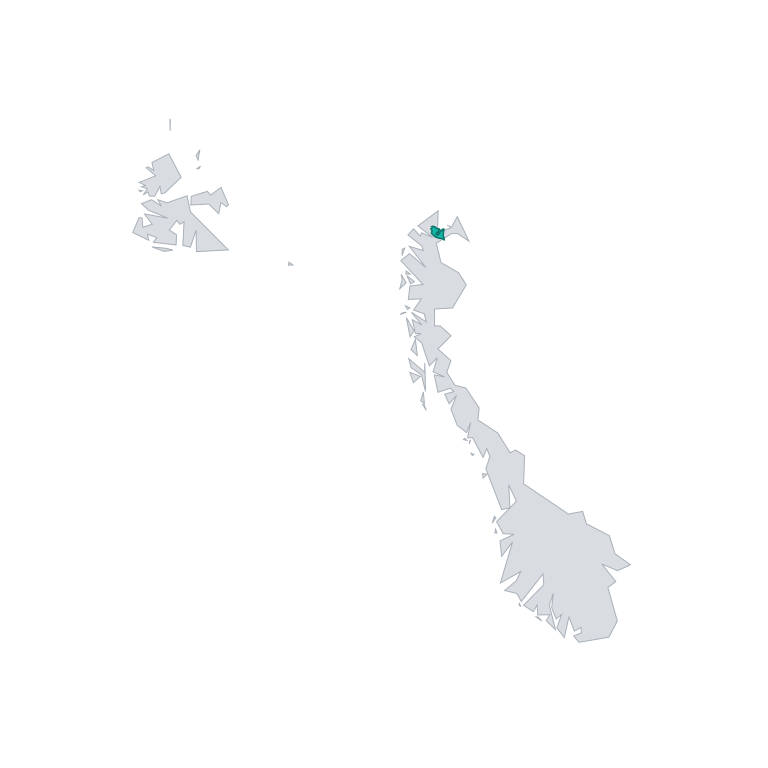 Unjárga sme 1, Finnmark, Norway shown in context, rotated 288°
{"feature_id": "86288312B72047105202096", "entity_name": "Unjárga sme 1", "entity_type": "district", "adm_level": 2, "iso_a3": "NOR", "parent_name": "Norway", "parent_adm1": "Finnmark", "projection": "albers", "projection_center": [28.889, 70.128], "detail": "fine", "context": "in_parent", "style": "filled", "palette": "teal", "viewbox_px": 768, "rotation_deg": 288, "n_neighbors": 0, "source": "geoboundaries", "source_scale": "gbopen_adm2", "svg_char_len": 6327}
<svg xmlns="http://www.w3.org/2000/svg" viewBox="0 0 768 768"><g transform="rotate(288 384 384)"><path d="M470.9,408.9L454.9,414.1L456.6,419.4L450.6,432.9L434.0,424.4L426.9,440.4L414.5,440.1L404.7,451.9L405.5,463.0L390.6,481.9L378.8,484.4L372.5,507.4L357.6,525.1L361.9,529.7L359.2,539.9L332.2,547.6L317.3,599.4L324.2,612.3L313.6,619.7L309.4,645.2L294.0,656.1L288.2,674.2L278.6,663.7L280.1,646.8L267.7,665.5L259.7,659.8L230.7,679.1L212.7,676.1L198.6,649.2L203.0,642.2L208.3,648.7L213.4,646.6L207.8,641.4L219.7,631.9L198.6,633.8L205.5,623.8L219.8,624.1L213.7,620.3L223.1,612.6L237.5,609.6L224.5,609.7L203.3,623.0L209.0,611.4L215.8,613.1L211.9,601.6L221.3,597.9L213.7,596.4L216.7,585.2L242.5,598.0L252.5,593.9L219.6,581.8L225.8,575.1L224.9,562.6L237.7,570.6L247.8,571.9L230.7,556.2L273.6,555.1L256.5,549.1L270.7,542.8L281.3,554.3L278.5,543.7L287.9,533.6L313.5,546.2L326.6,533.8L305.2,542.0L300.9,534.8L334.8,507.1L347.8,507.1L354.4,501.7L344.8,500.9L360.3,484.9L358.6,480.1L374.2,478.3L363.3,477.5L367.4,466.3L380.7,455.5L395.5,456.5L385.4,452.1L393.0,444.9L398.4,452.8L400.5,448.2L392.8,437.9L408.2,429.0L409.4,439.4L410.8,426.9L425.5,426.6L415.3,421.5L435.0,406.9L438.2,398.2L443.4,403.7L441.8,398.3L453.9,391.0L451.8,401.9L460.7,387.9L456.1,404.9L463.2,400.7L463.5,389.3L476.6,393.2L471.9,381.0L485.2,378.4L490.7,390.3L506.6,361.9L515.8,368.0L507.6,388.0L522.8,365.5L523.0,380.0L527.0,377.3L533.2,360.7L540.7,364.1L535.9,372.7L539.4,373.0L538.5,385.1L544.8,367.4L565.5,382.0L544.3,388.1L553.4,399.6L565.8,402.0L546.1,420.6L549.8,407.5L547.9,401.8L534.1,390.3L517.1,400.6L512.8,420.7L503.7,431.6L477.5,425.7L470.9,408.9ZM480.6,97.6L487.4,106.0L484.4,117.3L489.4,111.9L489.2,121.7L502.2,138.5L487.8,146.8L463.4,194.5L451.9,164.7L472.1,157.8L454.3,157.6L453.6,149.9L476.5,143.7L472.8,140.4L475.6,136.4L464.1,132.2L461.8,140.6L452.0,143.3L447.5,121.0L453.1,122.6L453.4,112.7L448.0,115.9L450.4,98.2L466.5,99.7L467.0,102.7L458.6,106.1L464.3,114.2L471.7,103.7L474.9,127.2L476.5,106.4L480.6,97.6ZM500.1,88.9L511.4,102.5L516.2,91.0L517.6,92.5L516.0,99.1L522.9,94.9L536.5,108.2L517.9,127.2L498.1,116.6L496.1,113.4L502.6,109.9L491.8,107.9L490.2,102.8L493.8,100.4L489.5,96.6L496.6,98.6L496.7,92.5L499.1,95.9L500.1,88.9ZM503.0,142.7L512.6,156.4L510.1,160.7L520.6,168.3L506.2,180.8L503.9,179.4L506.2,172.9L494.9,174.2L501.0,161.7L494.6,145.0L503.0,142.7ZM407.7,419.0L416.7,416.3L389.7,425.8L404.4,416.7L407.9,404.8L415.8,399.7L407.7,419.0ZM425.0,399.0L436.0,400.1L421.4,406.9L425.0,399.0ZM436.9,394.2L454.0,384.8L443.9,396.1L436.9,394.2ZM442.7,121.0L445.9,135.8L446.0,141.8L442.2,133.9L442.7,121.0ZM403.1,405.0L402.5,416.2L394.4,411.5L403.1,405.0ZM493.7,366.4L487.1,373.8L479.5,369.6L488.9,369.0L493.7,366.4ZM494.2,372.2L490.7,381.2L487.5,378.4L494.2,372.2ZM379.5,424.1L388.6,423.9L377.5,428.6L379.5,424.1ZM569.1,99.2L558.6,102.4L569.4,98.7L569.1,99.2ZM543.2,134.7L549.9,136.5L539.6,137.9L543.2,134.7ZM511.8,361.5L517.8,359.7L519.6,361.7L511.8,361.5ZM498.3,370.2L496.6,375.1L495.4,370.7L498.3,370.2ZM465.1,380.2L464.3,385.2L462.2,383.1L465.1,380.2ZM470.5,255.9L469.1,260.5L467.4,256.4L470.5,255.9ZM534.5,142.2L531.3,141.4L531.1,139.6L534.5,142.2ZM329.3,505.4L330.0,509.8L325.1,507.3L329.3,505.4ZM455.0,377.7L457.8,380.0L459.1,383.1L455.0,377.7ZM492.5,91.1L493.1,94.4L491.5,92.9L492.5,91.1ZM291.4,531.7L285.1,530.0L292.3,529.9L291.4,531.7ZM280.5,535.0L277.1,537.4L276.6,535.3L280.5,535.0ZM375.9,429.3L372.0,432.3L376.8,426.8L375.9,429.3ZM210.1,602.6L207.3,607.4L209.5,600.6L210.1,602.6ZM356.0,480.3L355.6,476.8L357.3,477.4L356.0,480.3ZM554.7,395.0L554.1,399.0L553.9,398.3L554.7,395.0ZM356.8,483.7L353.3,483.5L357.7,483.1L356.8,483.7ZM345.2,488.2L344.6,491.3L343.3,489.9L345.2,488.2ZM217.2,580.5L214.4,582.9L215.8,580.5L217.2,580.5Z" fill="#d9dde1" stroke="#a8b0b8" stroke-width="1"/><path d="M546.2,380.6L545.9,380.9L545.7,381.3L545.2,381.5L544.9,381.9L544.8,382.1L544.5,382.6L543.8,382.4L542.0,382.5L540.3,385.9L539.9,386.7L539.8,386.9L539.8,387.5L539.6,389.7L539.8,392.2L540.3,394.1L539.9,395.7L539.8,396.7L541.2,396.1L542.7,395.0L543.7,394.3L545.5,394.0L547.3,393.6L549.7,393.3L549.7,392.6L549.6,391.9L549.5,391.7L549.5,391.8L549.4,391.8L549.2,391.9L549.2,392.0L548.8,391.8L548.7,392.0L548.5,391.9L548.4,391.9L548.2,391.8L548.0,392.0L547.7,392.1L547.6,391.9L547.8,391.7L548.1,391.5L548.2,391.3L548.2,391.2L547.9,391.0L547.8,390.9L547.8,391.0L547.7,390.9L547.7,391.0L547.6,390.9L547.6,391.0L547.5,390.9L547.5,390.7L547.4,390.6L547.1,390.8L547.0,390.7L547.0,390.8L546.9,390.7L546.7,390.6L546.3,390.5L546.1,390.5L545.8,390.3L545.7,390.3L545.5,390.2L545.1,390.1L544.9,390.2L544.7,390.1L544.4,390.1L544.2,390.1L544.1,389.9L543.9,389.9L544.0,389.8L543.9,389.8L543.8,389.7L544.0,389.6L544.5,389.8L544.5,389.7L544.7,389.8L544.9,389.8L545.0,389.7L544.9,389.4L544.7,389.3L544.4,389.2L544.2,389.2L544.0,389.3L543.9,389.3L543.7,389.3L543.8,389.3L543.7,389.3L543.3,389.5L543.2,389.5L543.0,389.4L542.9,389.3L542.7,389.2L542.4,389.1L542.3,388.9L542.4,388.7L542.5,388.8L542.8,388.7L543.0,388.6L543.2,388.4L543.3,388.4L543.6,388.2L543.8,388.1L544.0,387.8L544.1,387.7L543.9,387.5L543.5,387.6L543.2,387.7L542.8,387.7L542.7,387.7L542.4,387.7L542.2,387.5L542.3,387.4L542.2,387.4L542.5,387.2L542.8,387.2L543.0,387.1L543.3,387.3L543.3,387.2L543.6,387.2L543.7,387.3L543.9,387.3L544.1,387.4L544.2,387.5L544.3,387.5L544.6,387.8L544.8,387.8L545.0,387.9L545.0,388.0L545.3,388.1L545.2,388.2L545.3,388.2L545.5,388.0L545.5,387.9L545.5,388.0L545.4,388.0L545.6,388.1L545.7,388.3L545.8,388.3L546.2,388.4L546.4,388.5L546.6,388.6L546.6,388.8L546.9,388.7L547.1,388.8L547.3,388.7L547.6,388.5L547.9,388.8L548.1,388.8L548.3,389.0L548.5,388.7L548.6,388.1L548.3,387.6L548.3,387.2L548.3,386.9L548.3,386.6L548.3,386.4L548.2,386.3L548.3,386.1L548.2,386.0L548.2,385.9L548.3,385.7L548.5,385.6L548.6,385.3L548.7,385.1L548.8,385.0L548.8,384.9L548.9,384.6L548.9,384.4L549.0,384.2L548.9,384.1L549.0,383.9L549.1,383.7L549.1,383.4L549.2,383.1L549.2,382.9L549.2,382.7L549.1,382.4L549.2,382.2L549.1,381.9L549.1,381.7L548.9,381.4L548.9,381.5L548.6,381.7L548.4,381.5L548.3,381.4L548.1,381.4L547.6,381.3L547.3,381.4L547.0,381.2L546.8,381.0L546.5,381.0L546.5,380.9L546.4,380.8L546.3,380.7L546.2,380.6ZM544.6,388.4L544.4,388.3L544.2,388.4L544.2,388.5L544.0,388.4L544.0,388.5L543.8,388.5L544.0,388.6L544.3,388.4L544.6,388.5L544.6,388.4Z" fill="#14b8a6" stroke="#0f766e" stroke-width="1.5"/></g></svg>